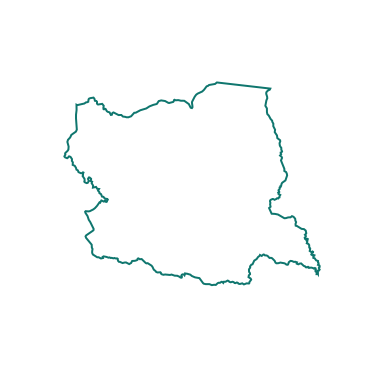 the district of Gorongosa, Sofala, Mozambique, rotated 333°
{"feature_id": "85939544B94652077383293", "entity_name": "Gorongosa", "entity_type": "district", "adm_level": 2, "iso_a3": "MOZ", "parent_name": "Mozambique", "parent_adm1": "Sofala", "projection": "orthographic", "projection_center": [34.322, -18.644], "detail": "fine", "context": "isolated", "style": "outline", "palette": "teal", "viewbox_px": 384, "rotation_deg": 333, "n_neighbors": 0, "source": "geoboundaries", "source_scale": "gbopen_adm2", "svg_char_len": 6041}
<svg xmlns="http://www.w3.org/2000/svg" viewBox="0 0 384 384"><g transform="rotate(333 192 192)"><path d="M308.7,135.4L263.9,105.7L261.6,106.2L255.8,104.4L254.4,104.7L253.0,104.5L249.1,106.4L246.7,107.1L241.7,106.9L239.9,107.2L237.7,108.3L233.1,111.6L232.5,112.4L231.3,115.9L230.7,116.9L230.0,117.2L229.1,116.3L229.1,112.2L226.5,107.2L223.5,105.6L221.5,103.9L219.1,102.9L218.3,101.9L217.6,102.0L216.9,102.9L216.1,103.2L212.0,102.3L211.3,101.7L209.3,98.7L206.1,96.4L203.6,95.9L200.8,97.5L200.2,97.5L197.1,96.8L193.0,96.4L189.2,96.8L183.1,95.7L177.9,95.8L176.5,95.2L172.1,96.9L169.1,96.5L167.6,95.7L166.6,94.7L164.7,93.4L164.0,91.3L161.5,90.1L158.2,85.5L157.1,85.4L155.6,86.8L154.7,86.5L154.7,83.6L153.3,82.3L152.8,81.3L152.7,78.8L152.1,78.2L151.1,78.4L150.8,78.0L151.2,76.8L152.5,75.1L152.0,72.7L148.0,71.4L147.6,70.9L147.5,70.0L148.3,68.5L148.1,67.5L146.9,66.6L147.4,64.6L147.1,63.2L144.0,62.2L142.6,62.1L141.9,62.5L140.5,64.5L139.2,64.4L138.2,64.0L136.3,64.3L129.2,62.5L128.7,61.8L126.4,66.5L123.8,70.4L122.1,73.7L117.7,84.1L116.0,85.5L110.5,86.3L108.2,88.1L105.2,89.2L103.7,90.8L102.7,95.5L101.1,98.1L99.7,98.9L96.9,99.7L96.3,100.3L96.1,101.3L95.1,101.8L94.4,102.5L94.7,103.6L96.1,105.2L97.3,105.0L98.4,104.4L98.9,104.6L99.7,105.6L100.0,108.2L99.1,109.7L99.3,111.5L98.0,113.7L99.4,115.4L99.6,117.8L99.2,119.6L100.1,120.9L99.9,122.8L101.7,125.0L102.3,125.2L103.8,125.0L104.1,125.4L103.2,126.2L102.4,127.7L101.8,128.1L102.2,131.5L101.6,132.9L100.8,133.8L100.8,134.5L102.1,136.2L103.2,136.5L105.0,135.4L105.3,133.1L106.7,132.2L107.3,132.5L108.1,134.4L107.7,135.1L106.6,136.1L107.7,137.5L106.6,138.5L106.8,141.4L105.7,143.1L108.8,143.9L109.0,146.1L110.5,147.1L108.9,148.1L109.4,150.2L109.0,151.0L110.0,152.7L109.7,155.2L110.9,156.1L111.2,157.8L111.9,158.7L113.4,159.8L113.5,160.6L111.9,161.5L111.8,161.9L111.0,161.9L110.6,161.3L110.8,160.6L110.5,160.1L109.1,160.5L107.4,158.4L105.3,159.8L104.9,159.2L101.2,161.2L98.3,162.3L96.2,162.7L92.2,162.7L90.8,162.2L88.5,160.8L87.8,161.1L87.6,162.3L88.0,166.0L87.4,169.9L87.7,172.6L87.6,180.2L87.0,181.2L86.1,181.5L78.0,182.6L77.0,183.2L76.8,184.8L78.7,193.4L77.5,196.1L77.5,197.6L76.2,199.4L75.4,200.9L75.3,202.7L77.9,207.1L79.2,207.8L80.7,209.9L82.7,210.4L82.9,209.3L84.0,209.2L86.3,211.0L87.8,212.6L88.9,212.9L89.5,213.8L90.5,214.2L91.8,215.4L92.9,215.6L93.6,216.4L95.3,217.3L95.5,217.9L95.1,218.5L94.9,220.1L95.2,221.0L96.0,221.5L97.9,223.8L99.9,224.2L101.3,224.9L103.3,227.7L105.5,227.6L107.4,226.3L109.9,227.4L111.7,227.7L112.5,227.7L113.1,226.9L113.7,226.7L114.1,226.8L115.0,228.2L116.7,228.9L118.5,234.2L119.0,234.9L120.2,235.3L122.5,239.2L122.8,240.8L122.7,243.8L123.6,245.8L123.8,247.0L124.7,248.0L127.4,249.2L127.6,249.8L127.3,250.6L127.8,251.7L129.0,252.8L130.6,253.3L134.7,255.9L136.3,256.3L138.6,258.7L140.8,259.9L142.2,261.6L142.9,263.0L143.8,263.6L144.5,263.1L144.6,261.6L145.4,261.1L146.5,261.2L147.2,261.7L147.5,262.8L148.9,261.4L149.5,262.1L150.2,262.3L153.0,264.9L153.7,266.7L155.9,269.4L159.5,272.1L160.5,278.3L160.9,279.1L162.5,280.4L165.7,282.0L167.4,284.0L169.6,284.7L171.0,285.6L173.5,284.9L174.7,285.0L175.6,285.6L177.5,285.4L178.0,285.7L178.6,287.2L179.5,286.4L181.2,287.2L183.5,287.1L184.2,287.8L184.5,289.0L185.5,290.0L187.4,290.4L188.2,291.2L188.6,292.4L189.3,292.9L190.9,293.0L191.6,293.8L191.8,294.8L192.9,295.7L195.3,296.2L196.3,297.9L199.2,298.2L201.2,299.4L201.7,299.2L202.3,298.3L204.9,297.0L205.0,295.8L203.7,293.5L204.9,292.0L206.4,291.6L206.8,290.6L206.6,289.1L207.4,287.2L207.8,286.7L209.5,285.8L210.0,284.6L211.9,283.7L213.1,283.9L216.3,281.4L219.1,281.1L221.4,279.9L223.5,279.5L224.0,279.0L225.1,280.6L227.2,280.1L227.8,280.5L228.2,281.6L229.5,282.3L230.3,283.2L231.1,285.9L232.6,286.6L233.3,287.4L234.4,290.8L234.3,292.7L234.8,293.8L236.5,294.6L238.7,295.0L241.9,297.4L242.7,298.4L243.1,299.5L244.1,300.2L244.7,300.2L246.4,298.5L248.4,298.1L249.6,298.8L251.1,300.6L252.3,301.0L253.6,302.3L252.9,302.8L252.7,303.3L253.7,304.5L254.2,304.8L255.2,304.6L256.8,305.2L258.0,308.5L259.0,309.6L259.2,310.7L259.7,311.1L260.7,311.1L261.3,312.2L261.8,311.9L262.2,312.9L263.8,313.4L265.2,314.6L265.6,315.4L267.0,315.5L267.4,316.1L267.0,316.7L267.2,317.1L266.5,317.5L266.5,318.3L266.0,318.9L266.7,320.2L265.7,321.7L266.3,322.0L266.9,321.3L267.0,322.2L267.7,320.8L268.0,319.3L268.9,319.2L269.3,319.6L270.5,319.1L270.5,317.3L271.4,316.5L271.8,316.6L272.2,315.5L272.0,314.8L271.2,314.1L272.5,312.9L272.3,311.9L273.0,310.7L271.6,309.3L271.2,306.7L270.2,305.8L271.1,304.1L272.1,304.3L272.4,304.0L271.7,303.3L270.4,302.8L269.9,301.9L271.1,300.9L272.4,300.8L272.7,300.3L272.3,299.7L271.3,300.1L270.1,298.0L271.5,296.3L271.3,295.9L271.6,295.3L271.3,294.7L272.3,292.5L272.2,291.3L271.0,289.8L272.0,288.9L272.0,287.9L272.4,288.1L273.8,286.5L273.4,286.0L272.7,286.1L272.5,285.6L271.9,285.6L271.4,285.0L271.6,284.3L271.9,284.5L272.5,283.6L273.2,283.3L273.2,282.6L273.5,282.4L273.3,281.5L273.9,281.5L274.0,281.1L275.1,280.6L275.8,278.0L274.9,275.9L272.9,274.6L270.1,270.0L269.1,269.1L269.7,267.5L271.1,266.1L271.1,264.5L271.8,262.6L271.2,260.2L270.1,258.9L268.3,259.3L266.2,258.3L263.8,257.9L262.4,257.3L258.4,251.1L256.0,249.2L253.1,247.5L253.4,241.3L255.3,240.8L256.0,238.4L256.9,237.3L257.2,235.9L257.7,235.1L258.5,234.7L260.6,234.8L261.3,235.3L262.0,236.4L263.9,236.5L265.1,236.2L265.9,236.9L266.9,236.4L267.5,236.5L268.2,235.3L269.3,234.7L268.2,232.9L268.6,232.4L268.6,231.7L269.4,231.8L269.8,231.6L269.9,229.7L271.6,229.0L272.1,227.8L273.0,227.8L273.3,227.0L274.1,227.1L275.5,225.4L276.6,224.7L280.5,224.1L284.3,220.4L284.8,218.7L284.9,217.0L283.8,215.2L284.8,213.3L285.6,204.3L287.7,202.5L287.8,201.2L287.0,199.5L288.6,198.8L288.6,197.7L288.9,197.1L289.9,197.2L290.7,196.7L290.8,194.8L291.6,193.2L291.3,191.5L291.4,190.3L292.2,188.2L293.6,187.0L294.0,185.9L292.5,182.7L293.4,180.2L292.9,176.2L294.3,174.2L294.3,170.3L295.5,168.0L295.4,165.9L295.8,164.8L295.2,162.7L295.1,158.7L294.5,156.9L295.0,154.9L296.7,151.5L296.5,148.5L299.9,144.1L301.6,142.7L302.2,141.2L302.7,138.2L303.5,136.9L305.5,136.1L307.8,136.1L308.7,135.4Z" fill="none" stroke="#0f766e" stroke-width="2"/></g></svg>